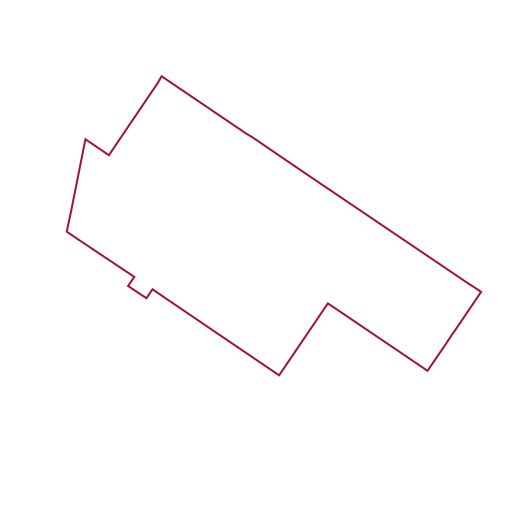 the district of Cibola, New Mexico, United States of America, rotated 214°
{"feature_id": "52423323B12149519863623", "entity_name": "Cibola", "entity_type": "district", "adm_level": 2, "iso_a3": "USA", "parent_name": "United States of America", "parent_adm1": "New Mexico", "projection": "robinson", "projection_center": [-108.196, 34.963], "detail": "fine", "context": "isolated", "style": "outline", "palette": "rose", "viewbox_px": 512, "rotation_deg": 214, "n_neighbors": 0, "source": "geoboundaries", "source_scale": "gbopen_adm2", "svg_char_len": 563}
<svg xmlns="http://www.w3.org/2000/svg" viewBox="0 0 512 512"><g transform="rotate(214 256 256)"><path d="M49.6,256.7L49.4,289.6L49.5,293.2L49.4,296.8L49.6,300.4L49.4,304.0L49.3,352.1L61.7,352.1L62.4,351.9L265.7,352.1L325.5,352.4L332.4,352.0L434.8,352.2L434.2,344.7L434.3,297.5L434.3,257.3L462.7,257.4L435.2,191.8L426.5,170.3L411.8,170.3L345.2,170.6L345.3,159.6L323.2,159.7L323.2,170.5L302.1,170.4L244.4,170.2L170.1,170.0L170.1,171.9L170.1,173.5L169.9,256.9L162.9,256.9L159.6,256.9L90.4,256.8L49.6,256.7Z" fill="none" stroke="#9f1239" stroke-width="2"/></g></svg>